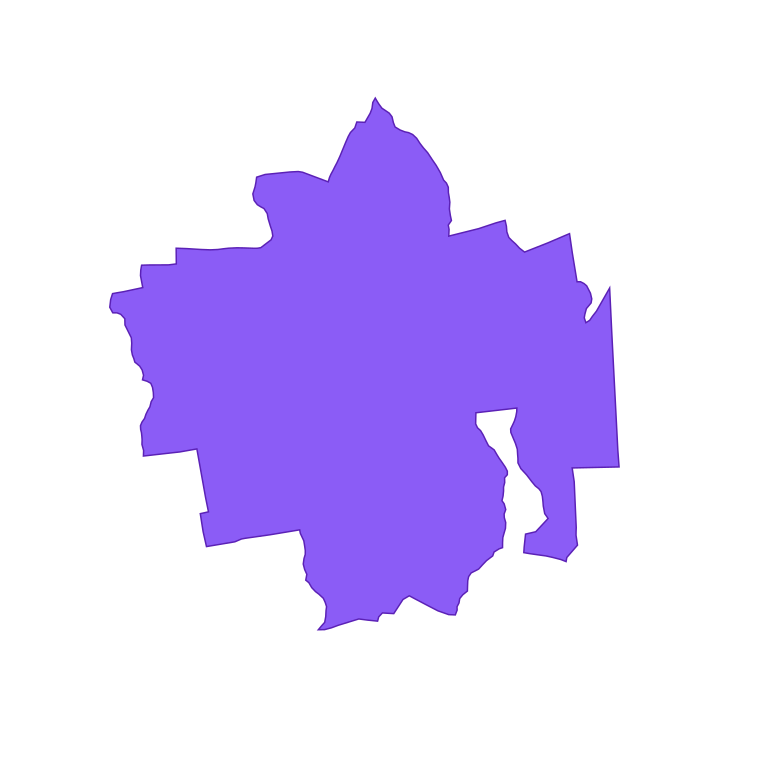 Kiambu, Central, Kenya, rotated 238°
{"feature_id": "3690345B45864022138182", "entity_name": "Kiambu", "entity_type": "district", "adm_level": 2, "iso_a3": "KEN", "parent_name": "Kenya", "parent_adm1": "Central", "projection": "orthographic", "projection_center": [36.843, -1.158], "detail": "fine", "context": "isolated", "style": "filled", "palette": "violet", "viewbox_px": 768, "rotation_deg": 238, "n_neighbors": 0, "source": "geoboundaries", "source_scale": "gbopen_adm2", "svg_char_len": 3771}
<svg xmlns="http://www.w3.org/2000/svg" viewBox="0 0 768 768"><g transform="rotate(238 384 384)"><path d="M210.4,198.1L207.2,203.4L205.1,210.2L203.6,217.4L198.1,238.1L192.6,244.8L186.3,252.9L189.3,256.1L190.7,261.3L184.1,270.6L191.2,285.9L191.0,293.2L184.9,296.7L174.6,302.7L163.1,309.5L154.1,316.7L150.4,322.1L153.5,326.2L156.4,327.9L158.6,331.6L161.9,334.5L163.5,339.1L164.2,345.0L168.7,348.0L172.8,350.8L175.8,353.7L177.6,357.8L176.9,366.2L178.4,371.5L179.9,377.4L180.6,385.1L183.2,388.3L183.2,394.3L182.4,397.8L186.8,400.6L190.8,403.4L193.9,406.8L197.2,410.5L202.0,413.8L206.9,415.2L210.1,417.0L213.0,420.7L218.7,422.4L222.5,422.2L225.9,425.6L229.9,428.7L233.3,430.8L236.4,434.1L240.6,436.6L241.7,440.5L244.7,442.4L249.1,442.8L254.8,442.6L259.8,442.3L263.7,442.3L269.8,442.5L276.2,439.9L281.9,440.4L288.3,441.1L293.3,441.2L297.3,440.1L301.6,440.6L306.2,443.6L310.9,446.7L293.2,483.9L290.2,481.9L286.5,478.5L283.6,475.1L281.4,471.8L278.8,467.6L275.7,465.9L270.8,465.1L264.0,464.0L258.1,462.5L253.1,459.8L250.0,458.2L246.1,455.8L239.7,455.2L231.2,456.8L222.7,457.6L217.4,458.3L213.2,459.8L209.6,460.2L204.9,458.8L200.3,456.6L196.1,454.4L188.9,451.6L183.0,451.9L178.3,434.4L181.7,424.5L171.5,416.5L166.9,413.2L162.8,417.8L154.8,427.3L152.4,430.2L147.6,435.1L141.5,440.9L136.9,444.3L140.0,447.1L144.8,462.7L154.0,466.7L157.4,468.9L160.3,470.9L172.9,478.0L200.3,493.5L213.1,499.1L189.1,539.4L204.1,547.3L307.6,604.8L345.8,626.2L333.2,602.8L330.9,596.5L329.0,592.2L329.0,587.7L334.0,588.9L336.7,591.3L340.7,595.6L343.0,602.6L346.1,605.3L351.6,607.2L356.3,607.6L359.9,607.9L363.3,606.8L366.5,604.9L368.4,601.9L395.7,613.3L413.2,621.0L414.0,616.1L416.8,598.0L421.4,573.1L427.4,570.9L433.1,569.8L438.0,568.4L442.1,567.5L447.9,568.8L452.9,571.4L458.6,573.4L461.3,564.4L465.6,546.6L475.1,517.3L480.6,521.1L484.7,522.7L486.9,527.8L491.8,529.6L497.8,532.2L503.3,536.2L507.9,538.3L512.1,540.0L516.8,542.8L521.3,543.4L525.3,542.6L533.5,543.8L541.8,544.1L548.6,543.8L556.9,543.6L563.7,542.5L569.0,542.0L575.1,541.9L580.4,540.5L584.1,538.1L586.8,535.3L590.8,532.3L596.1,529.6L600.8,530.5L606.3,532.4L610.9,532.0L614.3,530.5L619.0,528.4L623.8,528.0L627.4,528.0L631.1,528.1L628.7,523.7L624.0,519.8L620.9,515.7L616.0,506.5L620.6,499.8L616.6,494.9L615.1,488.9L612.9,484.9L609.2,479.5L600.4,467.2L596.6,461.4L594.4,457.6L592.0,453.7L590.1,450.3L588.0,447.2L585.0,443.8L606.7,427.2L609.6,423.9L613.7,416.5L624.7,394.2L626.9,385.6L622.6,382.0L619.7,379.3L614.7,373.5L608.5,371.1L603.2,371.6L599.7,373.3L596.4,375.2L590.4,375.3L585.4,373.3L578.1,371.3L573.1,370.1L568.4,368.1L566.1,364.6L564.9,351.8L566.2,348.6L568.3,345.2L573.5,337.5L577.4,331.5L581.4,324.4L583.3,320.5L586.1,314.4L589.8,307.8L592.6,303.7L594.9,300.3L600.6,292.3L603.4,288.4L609.3,279.7L595.9,271.5L599.2,264.4L609.7,247.4L613.2,241.4L609.5,238.1L604.9,234.9L593.6,230.5L600.4,211.8L602.8,206.0L604.5,201.7L600.5,197.0L594.4,192.1L588.1,191.7L585.8,195.3L582.6,197.7L576.7,198.8L571.3,195.6L557.1,194.2L552.3,191.7L546.8,187.9L542.0,186.0L538.1,185.3L534.6,184.3L528.6,186.3L524.0,186.3L518.8,184.7L515.5,181.4L511.8,184.6L508.2,186.6L503.8,185.9L499.1,183.9L494.5,181.3L492.4,177.2L488.7,173.4L486.9,169.9L484.5,166.1L481.7,162.7L479.9,158.5L477.7,155.4L474.5,153.6L471.2,152.5L467.9,150.9L464.9,149.3L461.0,146.7L455.0,144.9L450.4,141.8L438.5,166.7L434.6,174.8L428.1,190.9L382.2,172.5L368.6,167.4L371.4,159.5L354.5,152.3L340.2,147.3L329.2,173.9L328.1,181.0L326.6,184.8L316.6,207.3L305.0,235.2L301.7,233.9L293.5,232.9L288.3,230.7L284.5,229.0L281.2,226.9L278.4,223.7L274.1,220.1L268.7,218.4L263.5,217.7L259.1,213.7L255.3,215.0L249.6,214.8L244.2,215.9L240.3,217.4L234.4,219.0L229.9,218.4L225.6,217.3L222.6,214.8L217.7,211.4L213.3,207.4L211.9,202.6L210.4,198.1Z" fill="#8b5cf6" stroke="#5b21b6" stroke-width="1.5"/></g></svg>